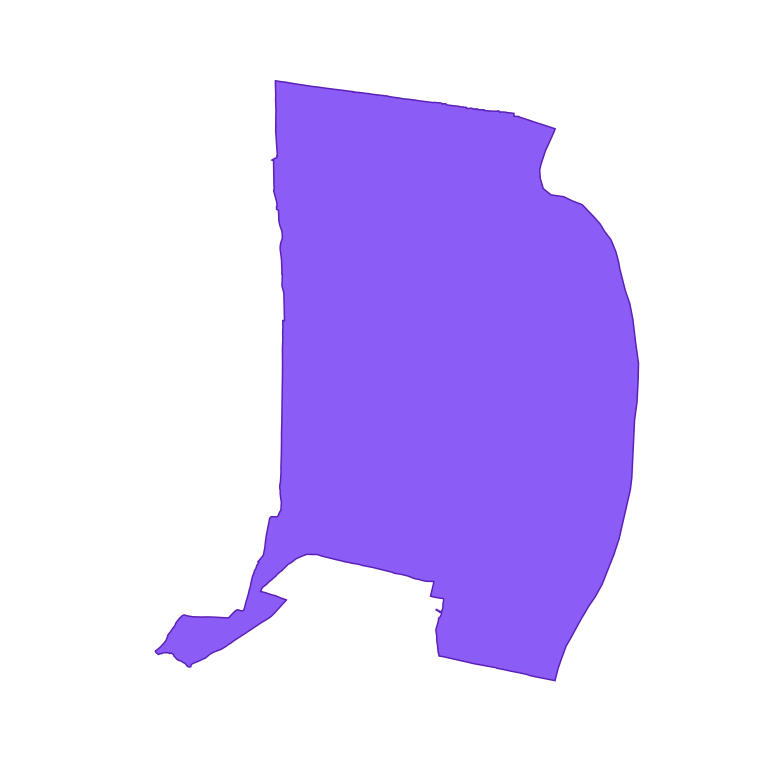 outline of Ostrov, Tulcea, Romania, rotated 174°
{"feature_id": "2599482B49066232260095", "entity_name": "Ostrov", "entity_type": "district", "adm_level": 2, "iso_a3": "ROU", "parent_name": "Romania", "parent_adm1": "Tulcea", "projection": "albers", "projection_center": [28.19, 44.921], "detail": "fine", "context": "isolated", "style": "filled", "palette": "violet", "viewbox_px": 768, "rotation_deg": 174, "n_neighbors": 0, "source": "geoboundaries", "source_scale": "gbopen_adm2", "svg_char_len": 6154}
<svg xmlns="http://www.w3.org/2000/svg" viewBox="0 0 768 768"><g transform="rotate(174 384 384)"><path d="M187.1,619.9L206.8,628.7L218.2,633.9L222.1,635.6L222.0,635.9L225.1,636.5L226.9,636.7L226.4,639.5L230.3,640.5L233.8,641.1L233.8,641.4L237.8,642.2L239.5,642.3L240.2,642.1L240.3,642.1L240.5,642.2L240.4,642.6L240.7,643.2L241.2,643.3L241.5,643.6L242.0,643.7L242.3,643.8L243.5,643.5L244.1,643.5L244.5,643.6L245.0,643.6L245.4,643.9L247.3,643.8L248.0,644.1L250.7,644.6L250.8,644.4L251.5,644.7L255.7,645.5L255.7,646.0L255.8,646.2L256.1,646.3L258.8,646.6L259.8,646.8L261.1,646.8L261.7,647.2L262.1,647.7L263.5,648.0L263.9,647.7L264.1,647.5L264.7,647.6L264.8,648.0L266.1,648.2L268.3,649.2L268.7,649.3L269.6,649.2L270.4,649.1L271.7,649.1L273.2,649.7L273.3,649.9L273.1,650.4L275.2,650.9L276.2,651.0L276.4,651.2L276.4,651.3L277.2,651.3L278.6,651.5L280.5,652.3L291.2,654.7L291.8,654.7L293.2,656.1L293.6,656.3L294.4,656.4L294.9,656.3L295.3,656.4L296.1,656.6L296.8,656.3L297.1,656.9L297.4,657.2L299.3,657.9L300.4,657.9L301.6,658.1L303.6,658.7L306.0,658.8L319.5,662.0L324.0,663.3L326.8,663.8L327.6,664.1L335.7,665.8L338.9,666.8L343.5,667.9L347.7,669.0L351.7,670.4L351.8,670.2L355.5,671.2L357.0,671.4L357.8,671.7L363.0,672.8L365.9,673.5L369.3,674.5L372.1,675.0L375.4,675.9L377.6,676.3L378.4,676.6L380.4,676.8L381.1,677.2L383.8,677.2L383.6,677.8L414.0,685.0L420.6,686.7L423.4,687.2L426.1,687.9L442.8,692.3L450.5,694.5L455.5,695.6L457.4,696.2L459.1,696.6L460.3,696.9L460.8,691.7L461.5,682.3L461.9,679.7L462.2,676.6L462.8,668.0L465.3,646.6L466.2,622.0L466.7,622.1L467.0,620.3L469.1,619.8L472.1,618.4L471.7,618.1L470.5,618.0L472.8,591.7L472.3,591.3L473.1,589.5L473.1,589.2L473.5,587.4L471.6,575.3L471.8,571.8L472.3,571.8L472.6,568.9L470.8,568.0L471.5,556.6L470.9,552.1L469.5,546.4L469.8,539.9L472.1,534.7L472.9,531.4L473.2,528.8L473.0,522.1L473.0,517.4L473.8,505.9L474.1,504.2L473.8,504.2L473.8,503.5L473.9,501.9L474.8,495.0L475.0,494.0L475.2,492.4L474.1,484.6L476.4,457.3L478.0,457.7L478.3,455.6L478.6,450.7L479.0,448.6L479.4,446.0L479.7,442.8L479.8,440.2L480.9,432.7L481.4,429.0L482.9,413.6L484.5,399.6L485.8,389.0L489.4,358.5L491.2,344.8L492.0,337.0L493.4,325.2L495.2,312.0L495.5,308.5L495.8,306.0L497.1,298.3L497.7,295.8L498.1,294.9L498.6,291.1L498.4,289.9L498.4,288.6L498.7,285.6L498.7,280.6L498.4,277.6L499.5,270.5L499.8,269.4L501.7,266.7L502.4,265.4L503.0,264.2L503.5,263.6L504.0,263.3L504.7,263.1L505.6,263.2L507.9,263.6L509.7,263.8L510.4,263.6L511.0,263.3L511.5,262.6L512.1,261.5L512.4,260.0L512.6,259.5L516.6,246.6L518.2,240.5L519.6,233.8L521.9,226.4L525.6,222.6L527.8,220.7L528.0,220.4L527.6,220.3L527.2,220.0L527.2,219.7L527.3,219.4L527.5,219.1L529.1,217.4L529.7,216.4L530.7,213.9L531.0,213.5L532.0,212.3L532.8,210.8L533.1,210.0L533.1,209.5L533.4,209.0L533.8,208.5L534.4,207.4L534.9,206.4L537.5,199.0L538.0,196.9L538.6,195.4L539.4,193.6L540.8,189.5L542.8,184.5L543.5,183.1L546.3,175.6L547.1,174.0L547.5,173.5L548.1,173.3L548.8,173.2L549.9,173.4L550.4,173.5L551.3,174.1L552.6,174.6L553.4,174.7L554.2,174.7L554.8,174.3L556.9,172.9L561.0,169.5L562.1,168.3L563.0,167.8L563.7,167.6L568.6,168.5L578.7,170.1L583.7,170.8L590.7,171.4L593.1,171.8L598.1,172.4L603.6,173.9L606.9,175.2L608.5,174.9L611.9,172.3L614.8,169.4L615.9,168.1L616.8,166.3L617.9,164.7L619.1,163.7L621.0,161.4L622.5,159.7L625.0,157.2L625.3,156.6L626.1,154.5L627.6,151.8L629.3,149.9L633.3,146.3L634.6,145.3L637.7,143.2L638.9,142.7L639.2,142.3L639.3,142.0L639.0,141.1L637.2,139.0L636.6,138.6L636.2,138.6L635.7,139.0L635.1,139.2L633.4,139.0L632.2,139.7L631.4,139.8L629.9,139.6L628.2,139.5L626.0,139.0L625.6,138.5L625.1,138.4L623.1,138.5L623.0,138.3L623.0,138.1L622.8,137.8L622.1,137.5L621.6,136.4L621.4,136.0L621.4,135.5L621.0,134.9L620.4,134.4L619.2,132.4L617.9,131.2L616.9,130.5L616.0,130.3L615.1,129.8L613.8,128.9L612.9,128.1L611.4,127.1L610.4,126.1L609.6,124.6L608.7,123.5L607.9,123.1L606.8,122.9L605.7,123.0L605.4,124.3L604.9,125.2L603.6,125.8L601.6,126.5L596.3,128.1L592.3,129.5L590.5,130.0L588.7,131.1L586.0,133.1L584.7,133.8L582.3,134.8L580.5,135.4L573.9,137.1L571.3,138.3L568.5,139.6L565.8,141.3L563.8,142.1L560.2,144.3L549.0,150.0L531.9,159.0L524.3,162.6L522.3,163.6L520.5,164.7L517.3,167.2L507.5,176.0L503.6,179.4L503.8,179.6L508.6,181.8L514.1,184.8L518.0,186.2L519.3,186.9L520.8,187.4L522.2,188.2L523.8,188.9L527.9,190.4L528.4,190.5L527.7,191.8L526.7,193.6L525.5,194.8L522.2,196.7L519.0,199.3L518.0,199.9L511.5,204.4L510.3,205.7L507.8,207.5L506.7,208.2L505.4,208.8L502.3,211.4L498.0,214.8L494.6,216.2L492.9,217.4L490.0,219.2L487.1,220.3L483.2,221.5L478.4,222.7L471.5,221.7L469.2,221.6L467.0,220.9L464.0,219.4L462.5,218.9L455.1,216.2L449.6,214.2L444.1,212.3L442.7,211.7L437.7,210.2L434.3,209.0L431.3,208.3L427.6,207.2L426.4,206.7L424.5,205.8L414.0,202.6L400.5,197.7L396.4,196.3L392.9,194.5L391.4,194.1L387.4,193.1L380.4,190.6L374.7,187.6L373.2,187.0L369.8,186.0L365.7,184.3L362.6,183.4L355.2,182.4L355.5,180.8L355.8,179.8L359.9,168.2L359.3,167.9L359.2,167.8L356.1,166.7L352.5,165.7L349.7,164.9L347.9,164.6L347.4,164.3L347.2,164.0L347.3,162.5L348.3,159.3L349.0,154.5L350.9,151.3L352.3,152.1L354.2,153.5L355.0,154.1L355.5,154.3L355.8,154.1L355.8,153.9L355.6,153.7L353.7,152.4L352.5,151.2L350.7,150.7L351.3,148.5L351.9,147.4L352.5,146.6L353.1,146.2L353.8,145.7L354.2,145.1L355.0,141.8L357.6,135.5L358.1,134.1L358.1,131.5L357.9,127.4L358.3,124.3L358.3,122.2L358.2,120.5L358.2,119.4L358.1,118.4L358.2,115.0L357.9,114.8L358.2,113.2L358.2,111.5L357.9,110.5L357.6,107.7L353.1,106.5L344.4,103.5L327.9,97.9L326.7,97.4L322.6,96.1L302.2,90.1L301.1,89.3L299.6,89.0L293.2,87.0L287.8,85.1L281.9,83.4L273.1,80.5L270.5,79.4L270.1,79.1L265.2,77.4L244.9,71.1L244.3,72.9L240.4,83.3L236.8,91.0L230.2,104.4L224.9,111.7L212.2,130.1L208.8,134.5L203.9,141.3L196.5,149.9L188.1,161.8L173.2,190.3L166.4,205.4L150.0,253.3L147.4,264.6L138.6,321.8L134.3,339.4L131.0,360.3L128.7,378.0L129.4,397.8L129.7,421.5L131.1,438.0L134.2,451.5L137.4,473.6L138.0,481.3L139.6,491.4L143.2,503.7L149.0,513.3L152.1,520.2L157.0,527.2L168.1,541.6L177.9,546.6L185.7,551.5L198.1,554.6L205.2,561.7L207.1,572.0L206.8,580.5L204.9,586.1L198.8,599.6L195.5,605.0L188.7,616.7L187.1,619.9Z" fill="#8b5cf6" stroke="#5b21b6" stroke-width="1.5"/></g></svg>